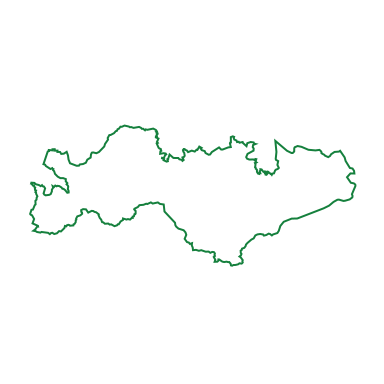 the district of Nhu Thanh, Thanh Hóa, Vietnam, rotated 280°
{"feature_id": "81297802B85505749224324", "entity_name": "Nhu Thanh", "entity_type": "district", "adm_level": 2, "iso_a3": "VNM", "parent_name": "Vietnam", "parent_adm1": "Thanh Hóa", "projection": "natural_earth1", "projection_center": [105.557, 19.588], "detail": "fine", "context": "isolated", "style": "outline", "palette": "green", "viewbox_px": 384, "rotation_deg": 280, "n_neighbors": 0, "source": "geoboundaries", "source_scale": "gbopen_adm2", "svg_char_len": 6002}
<svg xmlns="http://www.w3.org/2000/svg" viewBox="0 0 384 384"><g transform="rotate(280 192 192)"><path d="M214.5,350.8L216.0,350.8L217.6,349.9L226.4,351.9L227.7,351.5L228.6,349.9L228.7,346.8L233.5,342.1L237.8,344.8L238.4,348.7L241.0,347.9L243.0,346.0L243.1,343.3L249.2,337.9L252.6,336.3L258.3,330.7L257.3,329.7L256.2,325.4L253.3,322.4L251.5,321.7L250.0,320.1L250.9,316.6L251.6,315.9L252.3,313.6L252.8,312.7L253.6,312.7L254.8,311.6L255.6,310.2L254.4,306.4L253.8,299.3L255.5,292.0L255.6,288.0L253.9,285.4L252.9,285.1L249.6,285.6L247.9,284.4L247.7,283.2L249.1,278.4L256.8,265.2L246.1,268.2L239.1,268.7L238.2,269.2L237.4,271.5L233.5,271.4L230.8,273.3L229.6,272.5L228.6,270.8L227.6,270.1L224.6,269.5L224.1,268.0L222.8,267.6L223.3,267.1L223.3,266.4L223.8,266.2L224.3,264.3L225.1,263.8L225.2,262.7L224.2,262.5L224.0,263.4L223.4,263.2L222.5,262.7L222.5,261.9L221.9,262.0L221.9,261.5L222.9,261.3L223.0,260.6L224.8,260.7L225.0,260.2L224.2,258.9L226.3,256.6L226.3,255.4L225.0,255.7L224.2,255.0L222.4,256.0L222.2,254.5L221.5,254.8L221.6,253.8L223.1,252.5L225.3,252.0L226.0,250.7L227.2,250.4L227.4,249.8L230.0,249.8L231.4,249.0L231.6,249.7L232.3,249.6L232.5,250.2L233.1,249.3L235.5,249.6L235.5,248.6L234.3,248.1L234.7,246.7L233.9,242.8L234.4,240.4L235.8,239.3L239.2,240.1L243.4,245.4L245.5,245.2L246.8,244.0L248.9,244.0L250.3,246.2L250.4,244.8L251.5,244.1L251.4,241.1L249.7,238.0L246.6,237.7L249.1,233.7L250.0,233.2L248.8,230.2L249.6,229.3L249.0,227.7L250.4,226.9L251.0,224.5L252.5,223.7L253.6,223.9L253.9,222.5L252.8,220.7L247.5,221.7L247.2,221.0L246.5,220.9L243.0,222.4L242.2,219.9L239.1,214.7L238.9,213.3L240.6,210.9L234.8,204.6L232.1,203.3L231.6,202.0L232.7,198.6L234.5,197.4L234.9,194.3L236.2,193.1L237.1,193.8L238.0,191.3L234.4,190.0L234.5,189.2L232.3,187.7L232.7,184.6L230.6,181.2L232.0,179.7L232.4,177.7L233.0,177.3L232.9,176.4L231.7,175.8L230.2,176.5L229.1,177.6L226.4,178.5L225.3,178.1L224.4,176.6L222.1,178.2L221.0,177.2L221.9,176.3L222.0,173.9L223.1,172.6L222.3,167.8L225.0,163.4L220.8,162.8L220.2,162.2L219.9,162.7L219.4,162.4L218.1,162.9L217.5,161.7L218.4,158.5L219.5,158.8L220.0,156.6L220.5,156.6L220.4,158.3L223.8,159.2L224.5,160.1L225.3,159.4L225.3,157.4L224.1,154.0L226.6,153.8L227.2,154.6L229.0,153.7L229.1,152.5L229.8,151.4L233.7,148.8L234.4,149.8L235.3,148.8L238.8,149.7L239.5,146.9L240.5,146.8L240.7,147.8L242.4,147.3L243.3,148.1L244.0,147.8L244.2,146.8L244.9,146.9L245.2,146.3L245.7,146.8L246.8,145.7L247.7,142.8L245.5,137.2L245.6,135.5L244.6,135.0L245.8,132.9L245.5,131.7L246.3,130.7L246.9,128.6L245.0,123.3L245.4,120.8L245.0,119.6L245.5,118.4L245.7,114.0L244.0,111.5L243.9,110.2L241.6,109.0L240.9,107.8L239.3,107.5L238.6,106.3L236.4,105.0L234.0,101.9L233.7,100.7L230.5,99.6L229.0,100.2L224.2,98.0L221.6,97.7L215.2,93.4L213.6,91.1L213.8,87.7L213.3,86.5L211.4,86.0L208.3,86.2L205.7,83.3L202.4,82.4L200.6,79.8L199.7,76.8L198.3,76.1L197.8,73.8L199.1,66.9L202.5,64.8L206.5,63.5L209.8,61.6L207.5,59.1L206.8,56.6L208.5,55.1L208.1,52.5L209.4,52.3L208.9,49.9L210.3,49.4L209.9,47.3L208.8,47.7L208.5,43.8L207.5,44.1L206.9,42.9L193.6,40.9L193.4,42.6L192.2,43.6L190.1,48.6L191.2,50.2L190.6,50.5L190.5,51.5L189.4,51.4L188.6,52.6L186.1,53.9L183.8,57.1L182.8,60.0L183.3,62.6L182.8,65.5L180.6,65.8L179.1,67.7L177.8,67.1L176.8,68.6L175.7,69.2L173.3,69.2L171.6,70.3L170.1,70.6L169.6,69.3L171.8,66.8L172.8,64.9L172.7,63.8L173.8,62.7L174.8,60.2L174.7,58.4L174.1,57.7L174.6,56.2L173.0,55.3L173.6,53.8L172.1,54.5L169.9,53.6L168.3,53.9L165.4,53.2L164.4,51.9L163.3,48.4L163.8,47.0L164.8,46.1L170.1,46.7L171.7,45.2L171.7,44.1L172.7,43.1L171.5,42.0L172.3,39.9L172.5,36.9L173.6,35.2L173.3,32.2L172.5,32.1L172.7,33.3L172.7,34.2L172.5,32.9L171.9,32.9L170.6,34.5L171.0,35.2L169.2,36.2L169.1,36.8L167.8,36.7L166.6,37.2L166.4,38.2L164.7,37.8L164.4,38.5L163.0,38.9L160.9,40.5L159.5,40.0L157.5,40.2L156.1,39.3L152.6,40.1L151.7,39.4L147.1,38.4L146.6,37.0L142.3,36.4L141.6,37.1L141.3,38.5L138.0,41.2L133.4,40.4L131.9,46.2L131.3,46.4L131.3,45.7L127.9,44.1L126.3,42.6L126.3,44.9L125.7,46.3L125.7,49.8L126.5,50.7L126.8,57.4L125.8,59.3L127.1,60.3L127.6,61.5L126.7,63.6L127.9,66.2L130.4,67.9L130.4,69.8L134.3,72.6L136.5,72.8L136.4,74.2L137.4,74.5L138.2,75.8L138.1,77.1L137.6,77.7L138.5,81.0L139.6,81.0L140.2,81.9L142.2,82.7L144.0,82.4L144.7,82.9L145.7,82.5L148.1,83.3L149.6,86.1L151.5,87.6L152.8,87.2L153.2,86.4L154.9,86.0L156.2,87.7L156.5,90.6L153.7,93.4L156.0,96.5L156.1,98.2L155.5,99.3L155.4,101.1L153.8,104.1L153.0,104.0L150.5,105.6L149.0,107.4L146.7,108.7L146.7,109.9L145.6,111.7L146.4,115.0L145.6,116.6L146.1,118.0L144.9,121.6L146.2,124.0L147.3,124.5L147.5,125.5L150.6,126.8L152.5,128.9L153.9,128.7L153.5,132.3L154.2,133.6L154.1,135.8L156.2,137.3L156.2,138.1L157.5,137.9L158.0,139.0L160.2,139.2L160.4,140.0L161.0,140.2L163.5,139.8L164.8,138.1L165.5,138.2L167.8,141.3L169.9,142.5L171.0,146.5L172.5,148.9L172.4,150.1L174.6,153.3L173.8,155.3L175.8,160.2L174.7,162.5L174.8,166.3L168.0,168.3L158.8,180.6L156.4,181.4L155.2,182.4L153.6,185.0L152.9,190.4L151.1,192.6L148.8,193.8L144.6,192.9L141.8,195.8L141.7,197.6L140.5,199.0L141.6,200.9L139.5,201.0L137.5,202.3L134.9,203.1L135.7,205.9L135.3,209.0L136.3,211.2L135.6,215.7L136.2,218.8L135.3,220.6L136.5,222.3L136.6,224.0L135.5,225.2L133.8,225.1L133.0,225.7L131.8,224.7L129.3,226.7L127.2,226.4L127.8,229.1L128.9,229.9L130.2,229.7L130.3,230.5L128.7,233.9L128.6,235.8L129.4,238.2L129.2,239.8L129.5,240.8L128.1,242.5L126.5,243.1L126.4,244.3L127.3,245.5L127.7,247.5L128.8,250.0L130.0,251.1L130.1,253.3L130.6,253.8L131.5,254.2L132.6,253.6L133.7,253.8L136.3,251.1L136.7,250.0L138.2,251.2L139.6,251.5L140.5,250.6L142.7,250.1L143.5,251.0L144.9,251.1L146.1,253.2L148.1,254.2L149.6,254.3L151.5,255.5L155.5,258.8L157.0,260.8L160.2,261.9L161.6,263.8L162.5,266.5L162.5,269.5L161.6,270.2L161.7,270.8L162.6,272.7L164.3,274.7L164.2,276.1L163.1,278.2L164.3,279.2L166.4,283.2L168.8,284.2L173.9,284.9L178.6,287.5L183.1,294.8L184.2,300.3L198.8,324.5L202.4,329.4L206.8,333.1L209.6,336.5L210.0,338.0L209.5,342.7L210.0,344.3L212.1,348.6L214.5,350.8Z" fill="none" stroke="#15803d" stroke-width="2"/></g></svg>